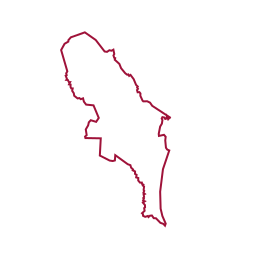 Choma, Southern, Zambia (Natural Earth projection), rotated 342°
{"feature_id": "96606910B73975181244202", "entity_name": "Choma", "entity_type": "district", "adm_level": 2, "iso_a3": "ZMB", "parent_name": "Zambia", "parent_adm1": "Southern", "projection": "natural_earth1", "projection_center": [26.92, -16.86], "detail": "medium", "context": "isolated", "style": "outline", "palette": "rose", "viewbox_px": 256, "rotation_deg": 342, "n_neighbors": 0, "source": "geoboundaries", "source_scale": "gbopen_adm2", "svg_char_len": 1870}
<svg xmlns="http://www.w3.org/2000/svg" viewBox="0 0 256 256"><g transform="rotate(342 128 128)"><path d="M124.5,34.3L116.5,23.7L101.7,24.1L98.5,26.0L97.9,27.4L93.7,28.3L88.5,33.2L87.8,55.4L86.1,56.9L86.0,58.8L84.9,59.0L85.1,62.6L84.3,63.2L85.6,63.7L86.0,66.2L87.1,66.5L85.4,68.3L86.8,69.0L86.0,71.3L86.3,72.8L87.6,73.3L86.4,75.4L87.2,78.2L86.8,80.7L89.2,84.3L91.0,84.5L92.0,86.0L94.4,85.9L94.2,89.3L95.4,92.8L102.2,95.8L103.3,109.4L99.6,112.3L95.0,109.1L92.5,110.5L90.9,113.2L87.4,116.3L86.5,122.0L84.5,122.9L84.4,124.4L98.9,129.4L92.7,145.5L100.5,153.3L103.3,154.7L105.5,154.8L107.5,149.9L116.6,162.4L118.8,164.1L118.7,166.6L120.0,169.0L119.4,169.7L121.3,171.5L120.5,173.8L121.7,175.2L120.5,177.5L122.3,178.7L121.5,181.1L122.5,183.6L124.3,184.2L124.0,185.4L125.1,186.6L124.3,187.3L125.2,188.6L123.7,191.8L124.0,192.8L122.6,194.4L123.6,195.9L122.3,196.1L122.0,198.6L120.9,199.3L121.3,200.1L119.9,201.7L121.3,202.9L119.1,203.6L120.3,206.5L119.7,208.7L118.6,209.2L118.2,211.9L115.0,213.4L115.6,214.5L115.2,216.2L116.9,217.8L119.7,217.8L120.0,219.0L121.8,218.2L123.7,218.6L124.6,221.7L126.7,222.5L129.5,228.2L132.0,230.1L133.0,232.3L134.3,230.6L133.5,222.3L134.1,214.8L138.9,198.5L148.5,178.0L160.3,162.1L158.6,160.6L158.0,158.5L159.6,151.3L161.1,148.0L160.1,145.6L155.0,145.1L155.4,143.1L159.0,136.6L161.6,134.3L163.2,131.1L163.0,129.4L164.1,128.3L165.7,129.2L166.2,130.9L167.3,130.9L168.6,128.9L168.9,132.1L170.8,131.0L171.7,131.6L157.9,114.4L156.8,110.7L154.5,108.5L150.8,107.4L150.3,106.5L149.7,101.2L150.5,99.0L149.9,97.4L148.2,97.0L148.3,94.7L149.6,93.8L149.2,92.3L150.1,91.6L149.0,89.5L148.5,83.3L146.8,78.3L145.2,78.8L144.7,76.3L144.6,77.2L143.7,77.1L142.3,75.1L139.9,69.0L139.6,64.4L136.5,59.0L137.4,57.6L136.6,57.0L136.6,54.5L137.8,53.4L138.3,49.0L136.2,49.4L134.3,48.3L131.6,49.1L129.4,48.0L124.5,34.3Z" fill="none" stroke="#9f1239" stroke-width="2"/></g></svg>